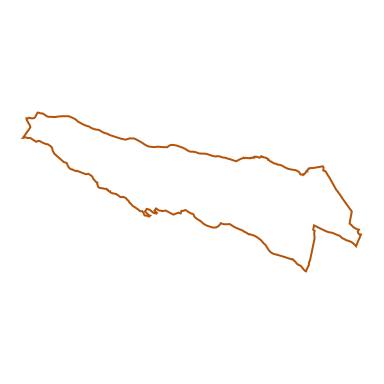 the district of Calpan, Puebla, Mexico
{"feature_id": "50627088B82684012810094", "entity_name": "Calpan", "entity_type": "district", "adm_level": 2, "iso_a3": "MEX", "parent_name": "Mexico", "parent_adm1": "Puebla", "projection": "orthographic", "projection_center": [-98.482, 19.103], "detail": "fine", "context": "isolated", "style": "outline", "palette": "amber", "viewbox_px": 384, "rotation_deg": 0, "n_neighbors": 0, "source": "geoboundaries", "source_scale": "gbopen_adm2", "svg_char_len": 5899}
<svg xmlns="http://www.w3.org/2000/svg" viewBox="0 0 384 384"><path d="M243.3,158.0L240.7,158.9L236.2,161.2L233.4,160.4L231.1,159.6L230.2,159.2L228.6,158.8L227.1,158.5L226.1,157.9L225.3,157.9L224.6,157.6L223.4,157.6L222.3,157.4L220.0,156.5L217.7,156.1L215.9,156.5L214.8,156.4L213.1,156.0L211.6,155.6L208.7,154.6L206.0,153.8L203.6,153.6L200.7,153.6L198.9,153.4L195.8,152.2L193.0,151.7L190.9,151.7L189.3,151.4L187.2,150.2L184.7,148.6L182.2,147.5L176.8,145.6L173.7,145.0L171.1,144.9L168.9,145.8L167.1,147.2L162.3,147.1L159.9,146.8L157.0,146.7L156.0,147.0L153.5,147.1L149.8,146.7L147.6,146.1L145.0,144.7L140.9,142.0L136.5,139.6L134.1,138.5L130.2,138.4L129.6,138.4L125.7,139.6L125.1,139.6L121.0,138.7L109.6,135.0L108.0,134.1L106.6,133.4L105.1,133.2L103.8,132.7L102.5,132.0L100.9,131.2L99.9,130.4L98.3,129.8L96.3,129.6L94.9,129.3L91.3,128.0L90.7,127.7L90.0,127.1L88.6,126.3L87.8,126.2L86.1,125.7L84.5,125.0L82.9,124.3L77.8,121.5L76.0,119.7L74.9,119.0L71.9,117.5L69.5,116.5L68.1,116.2L65.4,116.3L62.5,116.2L60.5,116.4L58.3,116.5L57.4,116.6L56.0,117.0L55.4,117.0L53.2,117.1L51.1,116.7L49.9,116.9L49.4,116.9L48.5,116.8L47.1,116.4L42.8,113.5L42.3,113.4L40.9,113.4L40.1,113.2L39.1,112.8L38.6,112.7L37.5,112.7L35.0,117.4L34.4,117.9L33.3,118.3L31.3,118.3L30.1,118.0L29.4,117.9L29.0,117.7L28.7,118.1L27.9,118.4L27.4,118.4L26.6,118.2L26.6,119.6L28.6,123.4L29.7,125.0L30.4,127.1L29.6,128.5L23.0,137.8L24.0,137.6L25.8,137.4L26.9,137.7L27.8,138.1L30.2,137.9L36.2,141.8L38.0,141.0L39.6,141.0L42.4,142.6L44.4,143.4L46.8,144.3L47.7,144.2L50.8,146.3L52.2,148.0L52.7,150.9L54.4,153.8L64.1,162.3L65.7,162.5L67.0,163.4L67.2,164.5L68.8,167.5L70.7,169.2L72.6,169.5L73.2,170.0L75.6,171.0L76.8,170.7L77.5,171.3L78.7,171.4L81.5,172.6L85.7,174.1L87.0,174.1L88.4,173.8L92.0,176.2L92.6,177.1L93.2,178.7L95.8,181.7L96.3,182.2L97.4,182.6L97.1,183.6L98.2,186.9L99.3,187.8L106.1,189.0L106.6,188.9L106.8,189.2L107.0,189.6L107.4,189.9L107.9,189.9L108.0,190.3L107.9,190.3L107.9,190.5L108.7,190.9L109.2,191.3L109.6,191.4L109.8,191.6L110.1,191.5L110.2,192.2L110.5,192.5L111.1,192.7L111.5,192.8L112.5,193.3L116.0,194.0L118.1,195.3L120.2,196.9L121.4,197.2L122.0,196.9L122.5,196.9L122.9,197.1L123.4,197.0L123.6,197.0L124.0,197.1L124.4,197.4L125.1,197.6L125.7,198.1L126.4,198.5L126.7,199.0L126.8,199.4L127.2,199.7L127.7,200.0L127.8,200.2L128.3,200.7L128.9,201.4L129.0,201.7L129.3,202.3L129.5,202.5L129.8,202.6L130.0,202.8L130.0,203.0L130.4,203.4L130.8,203.7L131.6,204.7L132.8,206.0L134.8,207.2L138.2,209.5L139.6,210.9L141.0,211.3L142.4,211.2L143.7,213.3L144.5,215.3L145.3,215.6L146.2,215.7L147.1,215.7L149.0,216.6L150.1,215.6L149.2,215.4L148.0,214.4L146.4,212.8L145.1,211.4L146.7,208.9L147.3,209.1L148.7,209.4L150.1,210.1L153.1,212.6L154.8,213.2L155.2,212.8L156.3,213.6L156.9,212.9L154.5,210.7L156.0,208.5L158.9,210.4L160.0,210.6L161.3,210.7L162.1,211.2L165.6,210.5L173.3,214.6L178.4,212.7L180.6,213.4L181.3,211.4L181.6,210.8L182.7,211.0L185.4,210.0L188.2,211.8L190.6,213.2L191.8,213.7L192.7,213.8L193.6,214.6L194.3,216.4L195.3,217.7L197.7,219.4L200.6,221.1L203.7,223.9L206.6,225.5L208.6,226.2L213.1,227.6L216.2,227.4L218.2,226.3L219.8,224.7L220.8,223.2L223.2,224.1L225.2,224.3L227.3,224.2L229.8,224.1L231.6,225.3L234.9,227.3L239.7,229.4L241.7,230.0L244.1,231.6L246.5,232.8L248.5,234.1L249.3,234.5L249.8,234.2L250.9,234.5L252.4,235.1L254.3,235.6L257.3,237.4L260.7,239.9L261.9,241.2L263.6,243.3L265.5,244.9L267.4,248.0L269.4,251.0L271.3,252.7L273.4,253.8L278.3,255.1L285.3,257.2L290.0,258.9L290.8,258.8L291.3,259.0L291.6,259.4L291.9,259.5L292.5,259.1L292.8,259.3L293.0,259.5L293.8,260.3L294.1,260.8L295.4,261.7L296.2,262.8L296.6,263.5L296.9,263.7L297.8,264.4L298.9,265.1L299.4,265.3L299.9,265.4L300.3,265.6L301.0,266.2L301.6,266.9L301.9,267.5L302.6,268.1L303.3,269.0L303.6,269.4L304.4,270.3L305.0,270.8L306.1,271.3L306.4,270.2L308.9,264.8L309.1,262.0L309.9,260.8L311.8,251.9L313.2,244.9L314.1,241.1L314.6,238.1L314.2,232.8L314.6,231.7L314.7,230.9L313.2,229.8L314.0,225.4L316.8,226.7L318.9,227.8L325.3,230.9L328.6,232.2L332.4,232.8L336.4,234.6L339.9,235.9L341.5,237.5L343.2,238.6L345.5,239.7L346.1,240.2L347.4,240.5L348.6,240.9L349.6,241.3L350.2,241.6L351.3,241.9L351.9,242.3L355.2,245.1L355.7,245.9L356.1,246.3L358.0,241.4L360.5,235.7L361.0,234.5L360.7,234.3L360.3,234.3L359.4,234.5L358.4,233.4L358.1,232.6L357.8,231.7L357.9,231.4L358.9,229.7L357.0,229.2L354.0,227.6L352.7,226.6L351.5,225.1L349.6,223.6L350.0,220.6L351.2,215.0L351.5,212.9L351.8,211.5L342.6,198.7L341.2,196.5L337.3,191.0L336.5,190.2L329.2,177.2L327.9,175.4L327.4,174.4L325.6,171.4L323.3,170.5L323.5,168.0L323.6,167.8L322.9,166.3L312.6,168.1L311.2,167.9L310.5,168.1L309.7,168.5L309.4,168.5L309.0,168.3L308.6,168.6L308.4,168.9L308.4,169.2L307.4,170.1L306.4,171.3L306.8,171.6L306.4,171.7L304.2,174.3L303.7,174.6L303.8,174.0L302.1,174.6L301.4,174.6L300.7,174.5L300.1,174.0L299.8,173.3L299.0,172.0L296.7,170.6L295.8,170.3L294.5,170.0L291.2,169.5L288.4,168.9L287.7,168.7L285.2,167.5L284.1,166.9L283.4,166.4L281.0,165.2L280.3,164.9L278.3,164.7L277.6,164.7L276.5,163.8L276.1,163.7L275.1,163.7L274.7,163.6L272.5,162.5L271.8,162.0L271.1,161.6L270.6,161.5L269.9,161.1L269.6,160.7L269.1,160.2L268.6,159.9L268.0,159.8L268.0,159.7L268.1,159.1L267.6,159.0L267.3,158.8L266.9,158.3L266.3,157.8L265.2,157.8L264.1,157.3L263.6,157.3L262.8,156.9L262.6,156.9L262.2,157.1L261.9,156.9L261.8,156.5L261.6,156.3L261.2,156.2L260.7,156.6L260.7,156.8L260.3,157.3L259.7,157.6L259.4,157.7L258.8,157.6L257.8,157.1L257.4,156.9L256.6,156.8L256.4,156.9L256.1,156.9L255.9,156.8L255.7,156.6L255.1,156.7L255.3,156.9L255.1,157.1L254.9,157.1L254.5,156.9L254.3,156.9L254.2,157.0L254.3,157.1L254.2,157.3L254.2,157.7L253.7,157.8L252.4,157.6L252.2,157.6L251.8,158.0L251.6,158.0L251.3,158.0L250.9,157.8L250.6,157.8L250.4,158.1L250.2,158.3L249.9,158.3L249.5,158.1L247.8,158.2L246.0,157.8L245.3,157.8L244.9,158.0L244.7,158.2L244.0,157.8L243.6,157.7L243.4,157.8L243.3,158.0Z" fill="none" stroke="#b45309" stroke-width="2"/></svg>